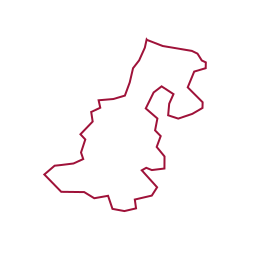 Furkat, Ferghana, Uzbekistan (Mercator projection), rotated 73°
{"feature_id": "79887680B57578382028963", "entity_name": "Furkat", "entity_type": "district", "adm_level": 2, "iso_a3": "UZB", "parent_name": "Uzbekistan", "parent_adm1": "Ferghana", "projection": "mercator", "projection_center": [70.733, 40.505], "detail": "fine", "context": "isolated", "style": "outline", "palette": "rose", "viewbox_px": 256, "rotation_deg": 73, "n_neighbors": 0, "source": "geoboundaries", "source_scale": "gbopen_adm2", "svg_char_len": 821}
<svg xmlns="http://www.w3.org/2000/svg" viewBox="0 0 256 256"><g transform="rotate(73 128 128)"><path d="M199.6,125.0L193.2,117.5L172.5,127.2L171.4,122.2L175.2,117.5L177.4,105.0L165.9,101.4L154.5,106.1L145.3,99.1L138.2,102.8L127.5,97.1L114.5,105.3L101.5,93.1L98.0,83.7L108.9,74.6L116.8,81.5L127.6,85.9L133.7,77.2L133.3,62.4L130.6,50.9L125.2,49.1L106.6,59.0L93.4,48.2L93.5,36.2L88.0,34.4L85.0,37.7L77.2,39.8L73.0,44.3L59.7,70.9L49.3,84.1L48.8,84.3L56.1,88.4L66.6,97.6L72.3,105.7L84.9,113.0L96.1,121.5L96.0,133.5L92.9,148.0L100.5,148.6L101.9,158.5L111.5,159.9L120.1,175.3L126.5,172.2L137.7,180.1L144.6,179.9L146.0,190.5L143.8,203.0L142.6,209.2L148.0,221.6L169.5,210.5L176.5,188.6L185.3,180.8L187.0,166.9L200.8,166.5L206.4,155.7L207.2,143.8L198.4,142.4L199.6,125.0Z" fill="none" stroke="#9f1239" stroke-width="2"/></g></svg>